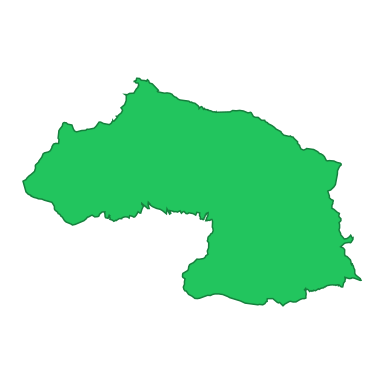 outline of Seica Mare, Sibiu, Romania
{"feature_id": "2599482B70299746914609", "entity_name": "Seica Mare", "entity_type": "district", "adm_level": 2, "iso_a3": "ROU", "parent_name": "Romania", "parent_adm1": "Sibiu", "projection": "albers", "projection_center": [24.21, 46.002], "detail": "fine", "context": "isolated", "style": "filled", "palette": "green", "viewbox_px": 384, "rotation_deg": 0, "n_neighbors": 0, "source": "geoboundaries", "source_scale": "gbopen_adm2", "svg_char_len": 6012}
<svg xmlns="http://www.w3.org/2000/svg" viewBox="0 0 384 384"><path d="M342.7,286.9L343.6,283.0L345.1,281.1L344.9,280.1L345.5,278.9L345.0,278.1L344.9,277.3L349.2,278.6L351.2,278.4L352.0,277.8L354.2,278.1L360.2,280.4L361.0,280.3L360.2,278.6L356.0,275.3L354.8,273.5L354.7,269.8L353.8,268.1L353.3,266.0L352.6,265.1L352.3,263.8L351.8,263.5L351.5,264.4L351.0,263.4L350.9,261.5L350.4,259.9L347.1,256.6L345.0,255.7L344.6,254.0L344.7,249.8L343.4,248.1L340.6,246.8L344.4,243.4L345.7,242.9L349.4,242.4L350.2,242.8L351.0,242.4L352.9,239.5L353.0,237.8L352.4,238.2L350.7,235.2L349.4,236.8L347.2,238.5L344.3,239.0L340.7,234.7L340.6,233.4L339.3,230.9L339.0,229.6L339.6,228.0L339.6,224.6L339.0,222.7L340.9,220.7L340.9,218.7L339.3,217.1L338.7,216.0L339.4,213.4L337.4,212.4L334.0,209.4L331.9,208.2L331.9,205.4L332.8,203.6L332.8,202.4L333.3,200.8L332.8,200.1L331.4,199.7L329.3,197.7L329.4,196.0L327.8,191.3L328.0,190.9L330.7,190.0L333.9,186.9L335.4,184.6L337.4,174.0L337.5,170.8L339.1,167.3L340.2,165.7L341.0,165.2L341.2,164.1L340.3,163.2L336.9,162.4L333.9,161.0L329.3,160.6L327.6,160.9L326.3,160.5L324.4,156.7L322.9,155.1L320.8,153.8L319.6,153.6L317.7,151.7L313.7,149.5L306.6,148.5L305.8,149.2L303.6,150.1L301.0,149.0L299.7,146.3L299.6,145.5L297.5,143.4L297.6,141.8L293.8,138.2L293.3,137.2L291.1,136.7L290.5,136.0L289.1,136.4L283.6,135.1L281.3,132.7L280.9,131.6L276.1,129.1L274.3,127.3L271.8,125.5L268.2,123.7L267.4,122.6L266.2,122.2L265.0,121.1L264.7,120.3L261.5,120.3L258.2,117.4L255.2,117.3L253.4,116.5L251.3,112.8L250.6,112.3L248.0,112.9L243.5,111.0L239.7,110.4L236.1,110.8L232.7,110.5L230.1,111.9L216.0,112.3L216.0,111.8L215.4,112.2L214.5,111.8L213.0,111.9L210.8,110.8L208.0,110.3L207.9,109.7L205.4,109.5L204.4,108.5L203.8,109.4L203.1,108.8L203.1,108.3L202.1,107.0L201.2,106.6L199.1,108.5L199.1,107.2L198.0,105.7L195.0,103.3L192.2,102.7L191.7,102.1L190.0,102.2L189.3,101.4L188.5,101.1L180.2,100.0L178.4,99.3L176.1,97.3L174.7,96.9L172.7,95.3L172.2,94.4L170.1,93.4L167.0,92.9L164.5,93.2L157.8,91.8L157.4,91.2L158.4,90.3L152.3,83.9L149.6,83.0L149.1,82.2L148.7,80.9L147.4,79.7L146.9,80.3L146.9,80.9L146.6,81.2L144.7,80.5L141.3,80.3L139.6,78.5L136.8,78.2L136.3,79.3L136.3,80.4L134.2,81.2L134.2,81.6L135.3,81.6L135.7,82.7L136.3,83.0L138.0,83.0L138.5,84.1L138.7,85.8L138.1,86.2L138.0,87.3L136.4,88.9L133.8,93.2L129.5,93.4L127.3,94.7L125.0,94.5L126.3,95.4L126.2,100.6L124.6,104.7L121.0,107.8L122.1,109.2L122.5,110.7L121.2,113.0L118.6,115.1L117.5,116.7L117.0,116.2L116.4,116.3L117.3,117.4L114.0,121.1L113.2,121.2L112.8,120.5L112.7,121.4L112.0,121.8L111.3,123.2L109.3,124.6L103.4,123.5L100.7,122.1L99.1,122.1L96.0,126.4L94.1,128.2L88.8,129.3L87.0,129.2L85.7,130.3L81.8,130.5L76.5,131.9L74.5,131.0L73.3,128.9L71.9,125.0L67.6,124.1L66.4,122.9L64.2,122.5L63.5,122.8L62.9,123.4L62.2,126.2L59.9,129.0L58.9,130.7L58.1,138.2L59.0,139.5L58.6,143.5L55.5,143.4L53.5,144.1L52.0,146.6L51.9,147.7L50.4,150.6L48.5,151.9L44.7,152.8L43.2,153.7L41.8,157.2L38.9,161.1L38.7,162.0L35.6,164.9L35.3,165.8L35.5,168.1L34.5,171.4L30.6,174.9L29.3,175.7L27.1,177.9L26.0,179.6L23.0,181.2L26.0,191.9L28.3,194.3L30.0,194.9L31.4,195.9L30.9,195.9L31.1,196.1L33.9,197.4L36.8,198.1L38.3,198.8L41.9,199.1L44.4,200.2L51.9,202.3L54.1,205.8L54.4,206.9L54.4,209.0L55.1,210.2L57.6,212.2L58.2,213.6L59.7,214.2L60.5,215.2L60.6,215.8L62.4,217.2L64.5,220.6L66.1,222.0L71.0,224.0L72.4,225.0L75.2,224.4L83.9,220.7L86.1,218.9L87.5,217.1L88.5,217.0L91.3,215.4L92.2,215.2L94.8,216.9L97.9,216.6L98.9,216.0L99.5,214.3L102.1,212.0L102.8,211.9L104.9,211.9L104.6,213.0L104.9,213.8L105.1,216.6L105.6,217.7L108.1,218.3L109.2,215.2L109.9,215.8L109.1,217.4L110.2,218.1L109.9,219.3L112.5,220.2L113.8,221.3L115.7,220.3L116.1,220.6L119.1,218.6L121.7,218.7L121.8,218.2L122.5,217.6L125.0,216.8L127.6,217.0L129.1,218.0L129.7,215.6L132.3,216.3L133.7,217.1L134.7,216.9L136.4,214.9L138.1,211.8L139.7,213.0L140.7,213.1L141.9,209.3L143.4,206.1L141.8,204.2L141.8,203.4L145.4,206.6L145.6,206.4L147.6,208.5L149.2,208.5L148.1,204.9L148.4,204.6L148.1,203.8L148.3,202.2L149.5,203.5L149.2,203.5L150.0,204.8L152.5,206.6L156.5,208.4L160.2,209.3L162.3,210.5L166.4,213.8L167.0,208.9L169.6,214.1L170.8,213.3L169.6,210.5L173.6,211.4L173.8,211.8L176.0,211.6L177.5,212.1L180.0,210.8L181.4,213.2L182.5,212.1L184.0,211.4L186.1,213.6L187.6,213.7L188.9,212.8L193.1,213.6L195.7,215.1L196.9,212.3L199.7,212.9L199.5,215.8L200.2,216.6L200.4,217.9L200.2,218.7L200.5,219.1L202.1,219.0L203.1,219.7L203.9,219.2L204.1,217.8L204.8,217.0L205.3,215.1L206.2,214.8L206.2,213.5L208.1,212.7L207.8,216.0L206.6,218.2L205.8,220.7L206.6,220.7L207.0,220.2L207.4,220.6L207.9,220.3L209.9,220.4L211.0,219.5L212.0,219.5L212.6,221.6L212.3,227.1L212.9,228.3L213.2,230.8L212.2,233.1L210.7,234.0L209.8,235.6L208.5,236.5L207.8,238.2L208.0,239.0L207.3,240.9L208.7,242.8L208.6,247.9L207.3,251.0L207.9,254.4L205.9,255.7L204.9,257.6L203.5,258.5L199.1,259.3L196.9,259.1L193.5,262.6L190.3,264.2L189.5,264.8L189.4,265.6L188.8,266.2L188.3,269.7L187.1,270.9L182.9,273.4L182.6,274.4L182.5,276.7L183.0,277.5L185.0,278.7L184.4,281.9L184.5,284.2L183.3,287.1L183.9,289.3L185.0,290.9L186.2,291.0L188.6,294.4L191.9,296.1L194.9,298.4L197.4,298.6L199.7,298.2L207.6,295.3L210.4,295.5L212.7,294.4L215.0,293.9L218.7,293.9L222.8,294.5L228.2,296.7L229.6,297.6L240.4,300.9L245.1,303.1L257.9,304.8L259.4,304.4L262.8,304.8L264.9,303.6L265.8,302.1L267.2,301.3L267.0,300.3L267.3,298.7L272.8,298.6L277.2,302.3L278.4,302.9L279.6,302.4L283.0,305.8L284.9,304.0L289.4,301.5L290.6,301.3L293.1,302.0L296.0,301.9L299.9,299.6L302.2,298.7L304.6,298.6L305.9,298.0L305.8,295.8L306.1,295.0L306.1,293.6L305.7,291.0L305.3,290.6L305.8,290.2L304.6,289.7L305.6,288.5L305.8,289.5L307.1,289.2L308.4,289.9L309.6,291.5L310.9,290.7L311.8,291.2L312.2,290.7L313.0,291.0L313.5,290.3L315.5,290.7L318.5,288.8L319.1,289.4L321.2,288.2L323.6,287.8L324.6,286.8L325.3,286.9L326.8,285.7L330.2,285.0L333.3,284.8L333.9,285.1L335.2,284.9L335.9,285.4L337.1,284.7L337.9,284.9L338.3,285.7L338.7,285.3L338.7,284.9L339.0,284.9L340.6,286.5L341.8,287.0L342.7,286.9Z" fill="#22c55e" stroke="#15803d" stroke-width="1.5"/></svg>